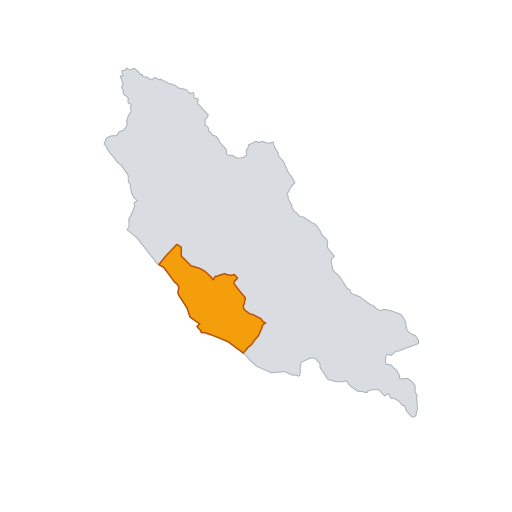 Ömnögovi on a map of Mongolia (Robinson projection), rotated 45°
{"feature_id": "MNG-3298", "entity_name": "Ömnögovi", "entity_type": "Province", "adm_level": 1, "iso_a3": "MNG", "parent_name": "Mongolia", "parent_adm1": "", "projection": "robinson", "projection_center": [104.196, 43.387], "detail": "fine", "context": "in_parent", "style": "filled", "palette": "amber", "viewbox_px": 512, "rotation_deg": 45, "n_neighbors": 0, "source": "natural_earth", "source_scale": "10m", "svg_char_len": 5543}
<svg xmlns="http://www.w3.org/2000/svg" viewBox="0 0 512 512"><g transform="rotate(45 256 256)"><path d="M31.6,214.5L33.3,214.5L36.0,212.9L36.4,210.6L37.3,209.4L43.5,208.8L46.2,209.5L46.8,208.1L47.3,207.9L48.7,209.0L50.1,208.5L51.2,208.0L52.2,206.3L54.3,206.6L58.0,204.7L58.1,201.5L59.5,200.7L62.8,200.0L63.3,198.5L64.0,198.1L66.4,197.7L70.6,196.1L72.5,195.9L74.1,194.5L77.9,192.6L83.4,191.7L83.9,190.7L89.0,187.8L94.4,187.6L96.0,185.1L96.8,184.8L100.4,187.9L101.9,187.5L102.6,186.3L104.8,186.3L105.6,188.4L106.8,189.3L122.6,190.1L123.0,190.9L123.7,195.9L126.4,198.2L127.1,199.3L131.5,199.0L133.9,200.9L137.7,200.8L139.6,201.3L143.3,199.5L144.2,199.5L145.3,200.4L147.1,199.8L150.5,201.5L153.2,201.2L154.4,201.9L156.0,201.3L159.8,201.8L162.8,204.5L164.9,204.3L167.5,202.5L168.2,201.3L171.9,200.7L174.0,199.5L175.4,198.4L177.6,194.5L178.1,190.5L176.3,189.9L174.8,188.6L173.9,186.5L173.8,185.0L172.2,182.7L172.4,181.6L173.5,179.6L174.1,176.4L175.4,174.7L177.9,173.7L178.2,172.5L179.9,170.1L183.8,168.6L186.2,165.9L187.5,163.2L189.4,164.6L194.4,166.5L198.6,167.4L201.3,169.4L208.8,169.9L221.2,174.6L223.8,174.4L231.2,176.4L231.8,177.0L231.7,180.6L232.2,181.6L232.5,185.4L233.8,187.3L233.4,189.6L234.1,190.3L235.9,190.7L238.8,193.1L245.4,194.7L247.4,196.3L251.9,197.4L254.3,196.7L258.1,197.1L259.5,196.8L261.9,195.0L263.5,194.5L272.1,193.0L274.5,191.8L276.1,191.6L282.9,192.7L287.7,194.5L294.5,194.3L297.7,196.3L299.1,198.3L301.8,199.9L311.3,200.7L311.7,201.1L311.6,205.2L312.0,205.9L318.3,210.4L321.2,211.7L329.8,211.5L343.3,214.4L346.5,213.5L349.3,214.9L350.4,214.8L359.0,211.1L360.3,211.3L369.3,209.9L375.0,208.0L379.3,208.1L382.7,206.5L384.1,203.3L389.6,199.6L399.3,195.0L405.5,195.7L409.2,197.4L413.2,200.6L415.4,201.6L419.4,201.8L425.0,199.6L428.1,200.1L430.9,201.1L432.8,202.9L424.9,220.2L424.8,221.2L422.2,224.8L422.0,230.6L418.5,232.7L419.2,236.0L420.1,237.2L424.2,240.5L425.5,240.1L426.6,238.7L428.7,237.5L432.7,237.8L436.1,237.3L440.5,238.4L444.7,241.1L450.1,235.2L455.4,234.5L460.4,235.3L464.3,239.3L469.0,241.1L470.3,243.4L472.2,244.3L472.8,245.4L478.6,250.0L479.9,253.0L481.6,255.1L481.8,257.3L481.4,258.4L479.3,259.6L471.5,259.0L466.8,256.8L465.2,258.0L459.3,257.6L456.0,258.5L453.8,259.3L452.6,260.8L451.6,261.1L450.6,261.0L448.7,259.9L447.2,259.9L446.7,260.2L446.0,263.9L440.9,263.9L439.2,263.4L435.1,265.1L434.6,266.6L432.4,268.5L430.6,272.2L431.1,273.8L430.5,274.8L426.9,276.8L423.5,279.8L416.2,281.0L412.7,281.2L410.1,280.5L407.6,281.0L405.7,284.3L401.1,288.4L394.2,292.4L381.5,289.9L379.9,289.3L377.2,286.8L369.8,286.7L367.8,288.4L366.0,291.0L363.1,299.2L366.2,303.8L369.6,306.9L371.1,309.0L371.2,310.9L368.9,311.7L365.7,314.7L358.0,317.5L349.6,327.6L334.3,333.6L324.9,334.0L317.4,333.5L297.1,336.3L284.0,341.5L274.3,346.1L272.2,348.3L271.2,348.7L269.4,347.8L264.1,347.5L264.1,343.6L252.7,345.9L243.4,341.3L230.1,338.6L227.4,337.6L223.0,332.5L220.6,331.8L214.7,331.6L198.7,329.3L191.2,331.3L158.5,327.3L146.6,328.6L146.1,328.1L145.5,324.9L140.1,319.9L139.4,318.7L139.2,316.7L135.0,306.5L132.2,305.0L132.7,300.8L128.4,301.1L123.6,299.5L118.8,296.4L116.5,294.2L113.1,293.7L108.9,289.6L107.0,288.9L96.6,287.2L91.4,287.7L85.8,286.7L79.5,286.5L77.5,285.7L75.6,285.8L72.0,284.0L69.5,284.4L66.8,278.6L67.8,275.0L69.2,272.8L72.3,269.6L72.3,268.4L71.3,265.5L73.3,260.3L72.9,257.0L71.5,253.4L69.4,252.6L66.7,247.6L65.9,243.7L64.8,241.1L61.7,239.5L60.8,237.1L59.9,237.0L59.1,237.7L57.2,238.0L55.4,236.6L54.4,234.9L53.3,234.5L51.2,234.6L49.3,235.3L47.2,234.9L45.5,233.4L40.9,231.1L40.9,229.4L40.3,228.2L38.9,227.9L37.6,226.7L33.1,225.2L33.0,224.4L34.4,222.5L31.3,221.0L30.2,219.5L32.2,217.4L31.6,216.0L31.6,214.5Z" fill="#d9dde1" stroke="#a8b0b8" stroke-width="1"/><path d="M216.6,332.0L210.8,331.1L205.0,330.2L199.2,329.4L198.5,329.4L193.4,330.8L192.2,320.0L191.8,305.2L191.9,304.1L191.9,303.8L192.1,303.7L196.4,302.7L196.6,302.7L196.8,302.7L197.0,302.8L199.4,304.8L201.0,306.8L203.0,308.7L204.0,309.0L205.3,308.8L216.4,308.9L216.8,308.9L217.5,308.6L224.6,304.7L225.8,304.3L230.0,303.1L237.2,302.6L242.5,303.0L242.6,302.7L242.5,302.2L241.6,300.0L241.6,299.4L241.8,298.9L242.5,298.4L242.7,298.1L242.9,297.6L243.2,296.7L243.4,296.1L245.9,291.4L246.3,290.7L249.3,289.3L251.7,287.6L252.1,287.2L252.4,286.8L253.4,285.1L253.6,284.8L253.7,284.5L258.4,284.6L258.7,285.0L258.7,285.3L258.7,285.6L258.7,285.9L258.8,286.5L258.7,286.8L258.6,287.1L258.5,287.3L258.5,287.5L258.6,287.9L258.7,288.0L258.6,288.7L258.5,288.9L258.5,289.0L259.1,290.2L259.5,290.6L259.8,290.9L260.9,291.2L267.2,292.1L273.1,292.7L277.2,293.0L278.1,293.2L278.4,293.4L280.2,296.4L281.2,297.5L281.6,298.3L281.7,298.7L281.7,299.0L281.8,299.4L282.0,299.9L282.2,300.3L283.4,301.1L284.5,301.7L285.6,302.1L286.0,302.2L290.5,301.6L291.8,301.4L292.4,301.2L293.5,300.8L294.7,299.9L295.8,299.4L303.9,296.9L304.4,296.9L305.0,297.0L306.1,297.4L306.3,297.4L307.8,297.3L310.1,296.6L309.5,299.2L309.5,299.7L309.6,300.0L309.7,300.4L311.0,302.7L314.2,311.0L314.3,313.6L314.4,315.8L314.6,317.4L315.4,320.8L315.5,321.5L315.5,322.2L315.4,323.0L315.3,323.9L315.1,324.6L315.0,325.1L315.6,333.6L309.4,334.5L303.3,335.4L297.1,336.3L290.6,338.9L284.1,341.6L278.3,344.3L277.3,344.8L276.6,345.3L276.2,345.4L275.4,345.8L274.6,345.9L274.4,346.0L271.7,348.7L271.1,348.8L270.5,348.2L270.2,347.9L269.9,347.8L265.6,347.8L264.2,347.6L264.1,347.4L264.2,343.8L258.5,344.8L252.8,345.8L252.4,345.7L248.1,343.6L243.9,341.6L243.4,341.4L238.4,340.3L233.3,339.2L228.3,338.1L227.5,337.7L226.2,336.5L224.0,333.2L222.6,332.2L221.0,331.8L219.3,331.7L216.6,332.0Z" fill="#f59e0b" stroke="#b45309" stroke-width="1.5"/></g></svg>